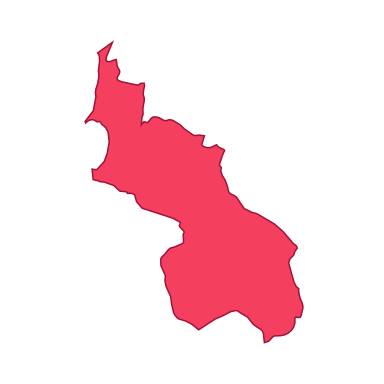 the Department of Sucre, rotated 353°
{"feature_id": "COL-1417", "entity_name": "Sucre", "entity_type": "Department", "adm_level": 1, "iso_a3": "COL", "parent_name": "Colombia", "parent_adm1": "", "projection": "albers", "projection_center": [-75.178, 9.212], "detail": "fine", "context": "isolated", "style": "filled", "palette": "rose", "viewbox_px": 384, "rotation_deg": 353, "n_neighbors": 0, "source": "natural_earth", "source_scale": "10m", "svg_char_len": 2655}
<svg xmlns="http://www.w3.org/2000/svg" viewBox="0 0 384 384"><g transform="rotate(353 192 192)"><path d="M95.6,157.1L99.9,158.3L102.2,156.6L108.6,151.0L112.6,143.2L115.9,132.4L116.0,122.4L114.2,117.7L112.2,115.3L111.0,114.2L109.1,110.8L106.4,110.8L104.2,109.1L102.4,108.1L99.0,108.2L96.8,109.1L94.9,110.6L94.5,108.9L103.9,99.4L105.4,94.8L108.3,85.5L108.2,81.6L109.2,78.0L111.4,73.3L113.2,67.6L113.9,64.1L113.8,60.6L116.2,50.9L116.6,45.5L115.3,42.4L131.3,33.7L123.6,47.3L122.8,50.0L123.3,51.7L124.9,52.5L127.3,52.5L130.0,51.6L133.0,51.3L133.1,57.3L133.5,59.3L134.9,62.5L134.9,64.0L134.3,65.7L131.8,69.0L131.5,70.6L132.5,72.4L136.4,74.3L149.8,78.9L152.1,79.3L154.2,77.9L157.8,78.2L157.9,80.8L156.8,83.6L155.4,88.9L156.1,93.1L155.7,95.7L154.0,101.0L153.3,104.1L153.1,107.2L152.7,109.6L151.4,111.7L149.9,119.2L152.9,116.3L156.4,117.7L159.3,115.1L160.5,113.8L162.7,112.8L165.2,113.1L168.2,114.1L173.1,117.7L175.4,118.0L177.5,117.5L179.5,117.7L182.0,118.7L188.7,124.2L192.2,128.5L199.3,134.9L201.2,136.3L206.2,136.4L211.2,137.7L207.6,145.9L208.0,147.3L209.2,148.4L211.8,149.6L215.2,150.2L218.9,149.2L221.0,148.4L222.3,148.2L222.6,149.0L223.8,150.6L227.2,152.9L228.7,153.6L229.5,154.9L228.7,155.9L226.5,159.6L223.0,167.3L222.5,169.0L224.1,171.2L223.2,174.4L223.4,176.4L224.2,179.6L226.4,184.4L228.0,191.7L228.1,193.9L228.5,196.3L229.3,197.9L231.1,199.3L232.6,200.0L235.6,202.6L238.7,208.9L241.9,214.9L249.1,219.6L253.7,221.4L269.8,233.7L277.7,242.5L286.2,255.4L288.5,257.6L289.5,259.4L289.5,260.7L288.6,261.8L287.3,262.9L285.2,267.0L280.8,270.7L279.3,274.2L282.2,293.8L284.1,298.9L286.2,300.8L285.9,301.7L285.8,305.4L286.3,310.3L287.9,316.1L288.2,319.1L287.8,321.1L285.4,327.6L284.2,329.6L281.4,329.4L279.9,328.8L279.3,329.0L278.7,330.2L278.2,334.5L276.4,338.5L273.9,341.4L270.3,343.8L266.4,345.1L262.1,345.4L256.4,344.9L254.7,345.5L251.1,348.5L249.7,349.5L245.5,350.3L245.6,340.8L244.7,338.2L242.6,336.0L240.4,334.3L236.6,330.7L231.8,322.9L225.6,318.1L222.2,315.2L219.9,315.1L216.1,315.4L206.8,318.8L199.5,320.9L181.8,329.6L175.6,323.1L170.0,319.3L163.1,316.2L161.4,314.4L160.1,312.2L159.0,309.3L158.1,300.6L158.1,293.4L154.8,282.6L154.4,278.9L154.4,276.3L155.4,271.9L152.2,261.4L152.8,254.8L153.8,253.1L155.4,251.8L157.1,250.7L160.5,247.3L162.8,245.5L164.7,244.8L167.3,244.6L175.6,242.2L177.5,240.9L178.1,232.7L178.8,231.9L179.5,230.8L179.0,229.8L175.8,225.4L175.3,224.0L176.9,220.9L169.6,215.6L140.5,202.0L135.8,194.8L134.6,187.5L131.7,185.9L129.5,185.7L128.2,185.7L127.6,185.3L126.9,183.8L120.6,182.4L117.7,179.1L115.2,176.0L106.4,171.6L101.2,170.3L99.9,169.3L95.4,167.7L95.6,157.5L95.6,157.1Z" fill="#f43f5e" stroke="#9f1239" stroke-width="1.5"/></g></svg>